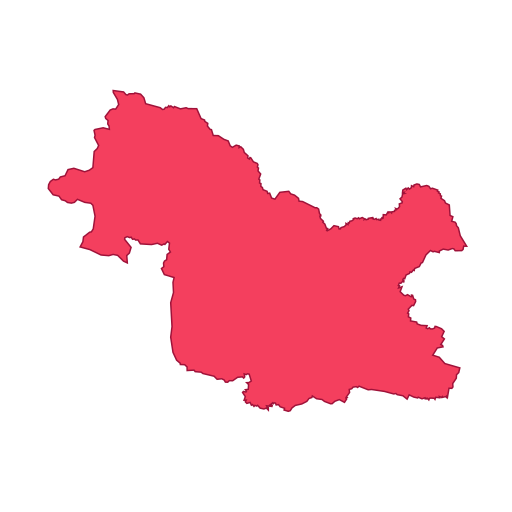 the district of Mueang Sa Kaeo, Sa Kaeo, Thailand, rotated 275°
{"feature_id": "78962969B70177105143831", "entity_name": "Mueang Sa Kaeo", "entity_type": "district", "adm_level": 2, "iso_a3": "THA", "parent_name": "Thailand", "parent_adm1": "Sa Kaeo", "projection": "robinson", "projection_center": [102.097, 13.939], "detail": "fine", "context": "isolated", "style": "filled", "palette": "rose", "viewbox_px": 512, "rotation_deg": 275, "n_neighbors": 0, "source": "geoboundaries", "source_scale": "gbopen_adm2", "svg_char_len": 6122}
<svg xmlns="http://www.w3.org/2000/svg" viewBox="0 0 512 512"><g transform="rotate(275 256 256)"><path d="M131.7,459.0L141.1,459.8L141.2,462.6L142.7,463.6L146.1,463.1L151.7,466.2L155.2,466.1L157.5,468.1L162.3,468.8L165.3,453.5L171.1,447.4L172.6,440.7L180.2,444.6L181.8,450.2L183.2,449.6L183.9,447.8L189.8,450.9L191.8,448.0L197.3,450.0L199.7,447.2L201.5,441.6L201.5,440.5L199.8,440.2L198.7,438.1L198.6,436.0L199.6,435.0L198.5,433.4L199.1,431.8L201.5,432.5L201.3,426.5L202.4,422.5L204.2,421.8L204.8,415.6L207.7,415.6L208.7,413.1L211.7,413.2L212.3,412.0L214.8,413.2L216.3,412.3L220.4,415.6L220.3,417.3L224.5,419.0L226.3,418.7L226.9,416.9L230.5,415.4L230.6,414.5L229.4,415.0L228.9,414.1L230.7,410.3L229.5,408.5L229.7,406.8L233.0,402.7L238.1,404.1L236.6,400.8L238.9,401.5L239.1,400.4L241.5,401.1L241.5,402.7L243.7,404.5L243.1,405.4L244.1,405.6L245.0,404.3L246.5,404.9L246.2,406.1L250.2,407.2L252.0,410.4L253.6,410.8L253.3,412.3L255.8,414.0L255.4,414.9L257.4,415.1L259.7,419.6L263.4,421.1L264.0,422.4L271.9,425.2L276.7,429.3L275.6,432.0L276.2,433.3L275.4,438.3L276.9,438.2L279.2,441.9L278.7,446.9L280.5,450.8L280.4,452.4L278.6,454.0L279.3,460.5L280.6,461.7L283.9,462.0L284.1,465.0L294.0,457.7L301.7,455.1L303.7,453.1L305.5,452.7L307.0,451.5L307.7,447.9L312.3,448.7L313.3,445.8L323.7,444.1L325.3,440.1L327.5,439.0L329.6,435.2L331.8,435.6L332.2,434.4L334.0,434.2L334.7,432.4L335.7,432.8L336.3,431.1L337.5,431.3L338.9,425.8L338.2,424.1L340.5,422.1L341.1,419.9L339.2,413.9L341.5,412.4L341.8,410.0L340.5,407.2L338.8,407.0L339.6,404.8L337.6,404.8L336.0,403.0L337.1,401.7L335.2,400.3L336.6,399.4L334.5,396.5L331.8,396.4L332.3,398.0L331.4,397.5L331.2,398.3L330.7,396.6L327.5,396.3L325.5,394.5L322.9,397.0L321.7,396.9L320.4,394.2L317.7,394.7L315.9,393.5L315.1,392.3L315.5,391.0L314.3,391.7L313.6,390.1L312.5,390.1L311.8,387.4L310.7,387.3L311.6,386.1L311.5,384.6L310.7,384.4L311.3,383.6L308.3,382.1L308.3,379.2L305.6,379.3L305.3,378.3L304.5,379.0L303.7,377.0L302.4,377.0L302.5,375.4L303.3,375.2L302.8,373.0L303.8,372.4L302.8,370.6L303.3,369.1L303.7,369.5L304.5,369.0L303.3,364.6L302.5,364.6L301.7,362.5L302.4,361.8L301.8,360.7L302.5,360.9L303.6,358.5L302.1,355.7L303.0,354.9L302.0,353.6L302.5,351.4L301.7,349.7L300.9,350.1L299.3,348.3L298.9,346.6L296.9,345.8L297.2,345.0L295.3,344.9L296.3,342.8L294.8,343.0L293.0,341.4L291.7,338.2L290.4,337.7L290.2,336.4L292.4,335.6L293.0,331.0L289.6,328.2L287.3,324.7L287.7,324.1L289.6,325.0L289.8,323.7L293.8,321.8L295.5,319.6L296.5,320.1L299.0,317.0L301.3,316.1L301.6,317.1L302.7,316.9L303.7,315.6L308.2,314.3L309.4,312.3L309.2,310.7L314.3,297.7L314.4,294.1L317.2,293.3L320.0,289.1L320.9,285.2L323.3,283.0L321.5,274.2L314.3,269.9L315.1,266.5L319.8,264.1L319.3,262.2L321.4,261.4L322.7,257.2L324.8,256.4L325.7,254.8L328.6,254.6L329.0,253.2L332.1,253.2L332.8,252.1L338.1,253.5L340.9,250.6L343.8,250.8L344.7,249.6L347.1,250.0L348.3,249.2L349.6,245.2L353.4,242.2L353.6,241.4L352.0,240.9L353.0,239.1L355.1,239.3L358.1,235.3L361.2,234.1L363.5,231.3L362.5,229.7L364.2,229.7L364.7,226.6L362.2,223.0L363.5,220.7L368.2,218.3L369.4,213.9L372.6,208.0L372.3,202.9L378.0,200.6L378.1,199.3L381.2,196.3L383.9,196.4L385.6,193.3L387.0,192.9L388.1,189.3L397.6,184.1L396.9,175.6L397.6,173.5L396.0,167.9L397.8,161.7L396.5,160.9L398.1,158.1L397.1,157.1L398.1,156.0L396.2,154.8L396.2,152.9L394.2,151.7L393.8,150.1L395.4,147.7L398.1,132.8L403.9,130.5L407.2,126.9L407.9,121.1L407.1,120.5L406.5,115.4L405.2,114.0L405.4,112.4L407.9,109.8L408.4,99.3L406.5,99.6L399.9,104.3L394.9,106.0L390.1,103.4L390.1,100.7L388.7,98.0L381.7,93.6L379.9,94.3L378.1,96.8L374.6,96.8L372.6,98.3L369.4,98.9L370.4,92.6L368.0,84.6L367.0,83.7L362.1,85.2L360.0,84.8L352.4,89.6L349.2,88.5L346.0,85.7L329.8,85.8L326.9,82.4L325.0,78.0L327.5,66.9L325.7,61.2L319.3,58.8L317.7,54.2L315.3,52.7L314.3,49.5L314.8,47.5L312.3,44.6L309.0,43.2L305.1,43.2L299.3,48.6L298.5,54.5L295.1,57.4L294.4,61.2L292.9,63.5L292.6,67.5L293.6,70.4L296.9,73.2L294.5,80.8L294.2,86.8L292.3,89.1L281.6,92.2L268.8,91.5L265.7,89.9L265.2,88.2L259.9,82.5L255.1,82.3L249.7,80.0L247.9,90.0L243.5,101.5L243.5,109.3L245.1,113.5L244.6,118.1L239.3,124.5L237.9,128.4L245.2,127.2L247.9,129.6L253.7,130.8L261.1,123.7L262.7,123.7L264.1,126.0L263.3,128.7L263.9,129.9L261.9,131.6L262.4,133.4L261.4,134.7L261.7,137.0L258.0,139.8L258.3,150.9L260.1,156.7L258.6,161.1L260.0,163.3L259.6,164.2L262.7,166.5L261.3,168.7L255.1,168.5L252.5,170.4L249.8,167.3L244.5,167.3L243.0,165.3L240.9,164.5L237.3,165.1L235.3,162.9L229.5,166.3L227.4,176.3L222.5,175.6L212.4,177.0L202.0,175.1L178.3,178.5L167.7,178.1L152.8,181.7L145.3,186.0L142.6,189.8L141.3,190.1L141.5,194.4L139.5,197.0L135.9,197.4L136.9,204.2L135.5,205.5L135.5,211.5L134.3,213.3L132.6,224.7L129.8,228.0L130.7,232.6L129.7,235.1L127.7,236.5L127.8,238.8L129.5,240.3L129.7,243.6L133.6,248.3L134.4,253.0L133.3,254.4L134.6,255.3L137.5,254.5L137.0,256.6L137.9,257.7L137.7,259.5L131.1,262.2L129.3,260.0L129.0,257.8L127.3,259.8L122.5,259.9L121.9,257.1L120.5,258.3L119.6,257.8L120.0,255.3L118.9,254.5L115.0,257.6L111.3,256.7L111.6,258.8L109.8,258.1L108.4,259.7L109.6,262.9L107.0,264.4L107.7,265.5L106.0,267.1L107.1,267.9L106.6,269.8L107.4,270.6L104.8,273.4L104.3,277.2L105.4,279.6L103.6,281.7L106.0,281.5L105.9,280.7L107.7,279.6L107.5,285.0L108.7,285.2L109.0,283.1L111.3,285.5L110.4,286.1L111.3,287.0L111.1,288.3L109.4,289.0L109.9,291.4L107.9,293.2L106.8,297.7L105.0,297.4L104.1,301.7L104.9,303.6L107.8,305.1L110.6,308.2L112.6,314.5L115.6,319.3L118.7,321.2L119.9,324.0L121.5,324.3L119.1,328.8L118.8,334.3L117.1,336.9L115.3,343.2L115.5,344.7L118.2,347.3L120.2,351.5L117.9,356.9L121.3,358.7L122.3,358.0L122.9,359.1L123.4,358.3L128.2,361.1L131.2,360.5L132.1,362.9L133.8,364.1L134.6,367.2L133.9,368.7L135.3,370.0L132.5,379.4L133.1,382.8L132.3,395.8L130.6,405.2L131.2,407.4L130.2,408.7L129.6,414.5L126.6,419.0L131.0,420.7L129.2,425.5L128.7,429.4L129.5,429.9L128.2,433.8L129.5,436.7L128.6,436.9L129.1,438.4L128.5,438.2L128.7,439.7L127.7,440.7L129.3,441.2L129.7,442.4L129.8,446.0L128.8,446.8L130.9,447.4L130.8,451.3L132.0,450.9L131.4,453.0L132.0,453.7L131.3,453.7L132.5,457.3L131.9,457.9L132.8,458.1L131.7,459.0Z" fill="#f43f5e" stroke="#9f1239" stroke-width="1.5"/></g></svg>